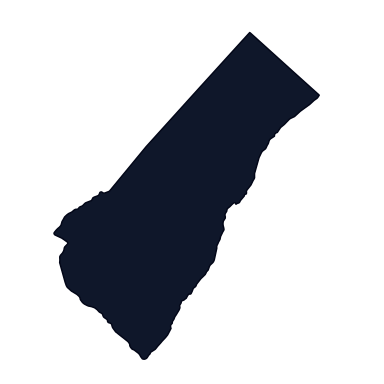 an SVG outline of San Luis, rotated 222°
{"feature_id": "ARG-1298", "entity_name": "San Luis", "entity_type": "Province", "adm_level": 1, "iso_a3": "ARG", "parent_name": "Argentina", "parent_adm1": "", "projection": "natural_earth1", "projection_center": [-66.295, -33.924], "detail": "fine", "context": "isolated", "style": "filled", "palette": "ink", "viewbox_px": 384, "rotation_deg": 222, "n_neighbors": 0, "source": "natural_earth", "source_scale": "10m", "svg_char_len": 3749}
<svg xmlns="http://www.w3.org/2000/svg" viewBox="0 0 384 384"><g transform="rotate(222 192 192)"><path d="M256.2,273.6L255.9,337.4L255.8,349.0L255.5,349.1L255.3,349.2L252.9,349.2L198.5,349.1L196.3,349.1L162.5,349.1L162.2,348.9L161.8,346.5L161.8,345.3L162.6,341.7L163.1,336.2L165.6,324.3L166.3,316.7L168.1,312.4L168.4,310.9L168.6,304.1L169.3,299.4L169.2,298.2L168.5,293.5L168.6,293.1L169.0,292.5L169.2,291.6L169.3,290.7L169.1,290.1L168.8,289.5L168.1,288.6L169.2,284.2L169.3,282.9L169.0,281.7L167.9,279.4L167.6,278.5L167.4,277.2L166.5,274.3L166.3,273.3L167.0,269.4L166.8,267.8L165.2,262.4L157.9,247.6L155.0,244.4L154.6,243.2L154.3,241.5L152.9,236.7L152.5,230.2L152.0,228.8L151.0,227.9L150.4,227.0L151.2,225.3L150.5,223.9L150.3,218.1L149.8,216.2L149.9,215.2L150.8,213.7L151.0,212.7L151.2,212.4L151.6,212.4L152.4,212.9L152.9,212.9L153.7,211.8L153.9,210.1L154.1,206.2L154.5,203.9L154.4,202.7L153.3,200.8L152.9,198.5L152.4,197.3L151.6,196.5L150.6,195.8L149.8,194.8L149.2,191.3L148.4,190.0L147.5,188.9L146.5,188.0L144.3,186.5L143.2,185.6L142.7,184.6L142.5,183.2L141.0,178.1L139.5,175.5L138.7,172.2L138.4,171.5L137.6,168.8L137.2,168.1L135.9,166.7L130.0,156.4L129.4,154.6L129.3,153.2L129.6,149.9L129.3,148.4L127.8,144.9L127.8,142.2L127.5,141.5L127.0,139.5L127.4,133.5L126.9,126.6L126.3,125.1L126.1,124.2L126.2,123.4L126.5,122.0L126.5,121.1L125.3,117.9L124.7,115.8L125.0,114.9L126.0,114.1L126.0,112.3L125.2,109.1L125.4,108.5L125.7,106.4L126.8,104.0L126.5,103.2L125.9,102.4L125.6,101.1L125.4,99.8L125.0,99.1L124.3,98.6L123.5,97.8L123.1,96.9L122.7,95.9L121.5,89.7L121.4,88.6L121.2,87.6L120.3,85.3L120.0,83.2L119.8,82.6L119.4,81.9L119.0,81.4L118.8,80.9L118.9,79.6L118.8,79.0L118.3,78.2L117.7,77.5L116.3,76.5L114.5,69.5L114.3,66.3L114.4,61.1L114.3,58.7L114.3,54.2L114.2,52.9L114.1,51.2L114.1,50.6L114.3,49.6L115.2,46.4L115.3,46.3L115.4,45.9L115.4,45.4L115.3,44.6L115.0,43.8L114.9,43.6L114.9,43.4L114.9,43.2L115.0,42.0L114.9,41.2L114.6,39.5L114.5,38.6L114.5,38.2L114.6,37.7L114.8,37.1L115.2,36.3L115.8,35.6L117.2,34.8L119.8,35.3L121.8,36.0L122.7,36.2L124.0,36.3L129.2,35.9L131.3,35.2L131.9,35.2L132.7,35.3L134.1,35.6L134.8,35.9L135.3,36.1L136.1,36.9L136.4,37.1L136.8,37.3L137.1,37.5L139.5,38.0L155.2,37.0L159.5,37.9L160.9,38.4L162.6,39.5L163.2,39.9L163.7,40.0L164.3,40.0L165.3,39.7L166.6,39.1L167.0,39.0L167.5,39.1L168.2,39.4L169.4,40.3L169.5,40.4L169.9,40.4L173.1,40.0L173.6,40.0L174.2,40.0L175.1,40.4L176.8,41.3L177.3,41.4L178.0,41.4L180.0,40.9L180.8,40.8L183.8,41.1L187.0,40.8L190.1,39.5L192.6,38.0L194.0,37.5L197.1,36.7L199.4,36.6L202.3,37.2L203.0,37.4L203.3,37.6L204.3,38.3L204.7,38.5L205.2,38.7L206.2,38.9L209.1,38.9L215.3,37.7L220.8,37.7L222.7,38.3L225.8,40.0L243.1,51.0L244.7,53.1L246.5,54.9L246.9,55.4L247.1,55.9L247.4,57.0L247.4,57.5L247.4,58.9L247.4,59.7L247.5,60.5L247.9,62.1L248.5,63.5L249.5,65.0L249.6,65.4L249.8,66.1L249.7,69.4L249.7,69.8L249.8,70.6L250.1,71.0L250.5,71.2L251.3,71.4L257.9,70.6L264.1,68.7L265.2,68.4L265.6,68.4L266.0,68.5L266.4,68.6L266.7,68.8L267.0,69.1L267.2,69.7L267.3,70.8L267.4,73.1L267.3,75.1L267.0,77.1L267.0,78.9L267.1,79.5L267.4,80.3L268.8,83.1L269.1,84.6L269.4,86.0L269.8,87.6L269.9,88.0L269.9,88.7L269.7,91.2L269.3,93.3L267.9,96.7L267.5,99.8L267.3,100.4L267.1,100.9L266.7,101.5L265.7,102.4L265.5,102.8L265.4,103.3L265.4,104.1L265.5,105.2L265.4,105.6L265.2,106.2L264.4,107.8L264.2,108.3L264.1,109.0L264.0,111.7L263.9,112.3L263.7,113.0L261.3,117.7L261.1,118.2L261.1,118.8L261.2,119.7L261.7,121.0L261.6,121.7L261.3,122.7L259.6,125.9L259.3,126.7L259.3,127.9L260.0,129.7L260.1,130.1L260.0,130.6L259.6,131.2L259.3,131.5L258.9,131.6L257.3,131.9L256.8,132.1L256.6,132.3L256.4,132.5L256.2,132.8L254.3,136.4L254.0,137.2L253.9,137.7L256.4,195.0L256.2,273.5L256.2,273.6Z" fill="#0f172a" stroke="#020617" stroke-width="1.5"/></g></svg>